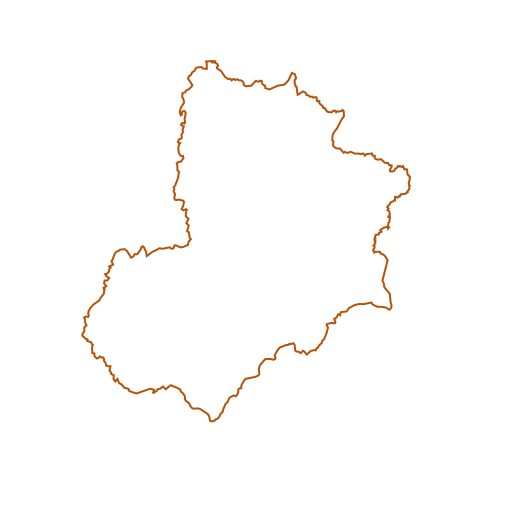 Maevatanana, Betsiboka, Madagascar, rotated 208°
{"feature_id": "10022922B61824869015313", "entity_name": "Maevatanana", "entity_type": "district", "adm_level": 2, "iso_a3": "MDG", "parent_name": "Madagascar", "parent_adm1": "Betsiboka", "projection": "mercator", "projection_center": [47.013, -17.22], "detail": "fine", "context": "isolated", "style": "outline", "palette": "amber", "viewbox_px": 512, "rotation_deg": 208, "n_neighbors": 0, "source": "geoboundaries", "source_scale": "gbopen_adm2", "svg_char_len": 6082}
<svg xmlns="http://www.w3.org/2000/svg" viewBox="0 0 512 512"><g transform="rotate(208 256 256)"><path d="M386.8,407.1L391.4,404.3L390.1,403.2L387.3,398.1L391.3,396.5L392.7,397.3L396.4,394.9L397.3,393.6L397.2,390.7L398.6,388.1L398.4,385.3L399.7,383.1L399.3,380.7L392.4,377.0L392.4,375.0L393.9,371.3L395.3,369.6L395.5,367.2L397.4,365.2L395.5,361.4L393.6,360.4L391.5,357.7L392.0,351.7L390.8,347.1L388.3,344.9L387.9,345.6L388.8,348.6L388.2,349.8L387.0,350.4L385.1,349.2L383.3,343.3L381.1,340.4L381.5,339.2L383.4,339.2L384.0,336.9L383.3,336.4L380.5,336.5L380.2,333.1L378.7,331.3L378.6,327.6L377.0,325.6L377.2,324.4L378.6,323.2L378.6,320.2L377.6,319.6L376.0,320.0L376.3,318.0L375.0,314.1L372.2,310.5L368.9,309.0L367.3,310.0L366.0,308.3L366.5,304.2L368.7,302.6L369.6,300.7L368.4,299.7L365.6,294.8L363.7,294.4L361.5,288.5L360.5,280.4L360.9,277.8L359.5,276.8L359.0,274.2L356.6,272.8L355.3,268.6L354.1,267.7L352.7,267.9L350.7,269.6L346.3,270.6L345.0,270.1L343.9,266.2L343.6,262.4L341.7,262.2L339.7,264.5L338.8,264.4L338.2,261.1L336.6,258.1L333.1,257.1L332.9,252.3L329.6,251.2L328.5,245.5L326.4,245.4L323.0,240.8L321.4,240.3L322.2,237.1L321.3,233.8L324.2,230.2L326.5,228.2L332.2,227.7L333.0,226.8L332.5,224.5L333.1,223.3L334.3,222.7L336.4,223.1L342.0,218.4L344.7,217.6L349.4,211.0L352.4,204.7L355.0,208.1L359.6,211.4L360.7,211.4L361.4,209.6L360.8,208.3L361.5,202.4L362.1,201.5L363.9,200.8L364.1,197.8L365.5,195.9L372.1,199.8L375.1,200.4L379.1,197.7L379.4,196.4L381.2,194.5L381.8,191.8L380.9,185.2L381.2,183.7L378.1,181.2L380.7,177.9L379.0,177.4L379.5,176.1L378.5,173.1L379.3,170.3L380.7,169.3L379.2,168.1L375.3,167.6L375.8,164.6L378.2,163.2L377.2,160.4L374.0,159.2L375.6,156.2L373.8,155.4L374.2,154.5L373.4,153.4L372.7,150.8L373.5,146.8L373.5,143.3L376.8,136.7L377.8,132.6L377.9,128.5L377.2,126.4L375.8,125.2L375.5,123.5L377.5,122.9L378.9,120.9L377.3,119.7L376.2,117.6L373.1,115.1L374.1,112.4L372.2,108.8L372.6,105.9L371.9,104.0L367.4,103.0L365.6,103.2L365.3,101.8L360.8,102.4L359.6,101.2L358.3,100.9L358.0,98.7L355.0,93.5L352.9,94.1L351.6,91.7L348.4,90.8L347.4,91.8L346.7,94.0L344.5,93.9L343.5,94.6L342.1,94.1L340.9,92.0L338.2,90.7L337.0,88.9L335.1,89.1L332.8,90.3L331.5,85.9L329.0,85.1L328.5,83.8L325.6,84.0L324.1,80.5L321.3,79.1L320.6,82.4L317.1,79.5L314.5,79.5L310.1,77.8L306.8,78.8L305.7,78.6L305.2,77.6L304.3,77.3L297.1,78.4L287.1,89.1L285.8,89.6L283.2,89.9L282.7,87.0L282.1,87.1L280.3,90.6L280.2,92.3L278.3,93.8L276.9,97.1L273.1,96.0L271.0,101.4L269.8,102.2L268.2,101.9L266.3,102.5L260.2,102.6L258.8,101.0L256.5,100.7L253.6,99.2L252.4,98.1L251.8,96.4L249.9,95.1L248.1,95.1L244.9,94.0L244.0,92.9L241.0,91.7L239.8,91.7L236.2,93.9L233.9,94.7L224.7,93.9L222.2,92.6L219.0,88.8L217.6,89.1L215.0,91.6L214.9,92.9L213.4,94.4L212.9,96.7L213.2,99.7L212.3,102.9L213.0,105.3L213.4,111.1L212.6,113.6L212.8,118.5L210.3,122.4L208.1,122.6L207.5,123.7L207.7,127.4L209.0,129.8L208.5,131.4L206.9,132.3L208.2,134.8L208.0,141.2L207.5,142.6L199.8,149.0L197.6,152.1L197.7,153.3L200.4,157.5L201.3,161.3L199.4,169.4L195.4,171.7L191.8,172.7L190.8,173.9L191.0,175.3L192.6,176.5L192.9,178.4L192.7,183.8L192.0,186.4L187.6,191.6L185.9,192.5L185.3,194.1L183.5,194.8L182.1,196.5L180.3,195.8L177.2,191.2L176.1,190.6L173.0,191.4L170.8,191.2L170.1,194.4L168.4,194.3L164.9,192.8L163.1,197.8L160.9,199.9L158.8,200.9L159.3,202.8L158.2,204.2L158.4,206.5L157.1,209.9L157.7,212.3L156.8,214.5L157.6,221.4L158.8,226.6L161.1,228.0L161.4,229.1L157.8,232.7L156.0,232.9L154.6,234.0L154.8,234.8L157.4,237.1L156.1,239.4L156.0,243.2L154.0,243.2L154.7,244.9L154.5,246.5L149.9,249.6L149.5,253.6L146.1,258.7L142.8,261.8L138.2,264.2L132.2,269.1L130.1,267.9L124.8,268.2L121.4,270.0L117.3,271.4L113.0,271.2L112.3,273.6L113.0,275.9L115.4,278.3L120.1,285.4L127.9,288.6L130.4,291.9L132.8,293.5L137.8,314.1L142.2,316.6L144.9,317.1L147.3,316.7L148.5,317.8L152.5,315.9L153.2,314.5L154.3,315.8L155.2,315.9L155.6,317.6L155.1,318.7L156.1,320.6L157.1,320.4L156.7,323.6L157.7,324.0L157.5,325.3L158.6,325.5L159.3,326.3L158.6,327.4L159.8,328.4L160.3,330.9L157.6,332.7L158.2,334.2L156.6,336.3L158.5,337.2L156.7,340.5L154.6,342.9L153.0,343.0L152.2,342.1L151.9,343.8L153.0,343.9L153.8,345.2L154.6,347.6L154.2,348.7L156.0,353.2L157.4,352.6L157.6,353.8L157.0,354.5L157.5,355.9L159.9,358.3L161.6,358.4L161.3,360.2L163.2,360.9L162.2,364.9L162.3,366.7L160.7,368.3L160.1,370.1L159.4,370.3L160.9,373.3L159.9,374.2L158.4,373.9L157.7,374.9L157.7,376.2L156.9,376.5L157.2,378.4L153.4,381.0L152.0,383.6L152.8,384.3L152.1,385.6L152.3,387.8L153.4,389.5L153.3,390.4L154.1,390.5L155.4,392.1L156.4,396.6L157.3,397.3L157.5,398.4L160.5,399.1L163.1,403.2L163.5,403.4L165.7,402.1L168.3,404.4L168.9,403.0L171.2,403.1L171.7,402.0L172.9,402.1L172.9,400.2L174.0,398.5L173.9,396.2L175.2,394.7L177.3,393.7L178.2,394.8L178.2,398.7L178.8,399.7L181.2,398.7L182.9,400.1L186.2,398.8L190.9,400.2L193.6,398.3L195.8,397.8L197.5,398.5L198.1,400.1L200.2,399.4L201.6,401.0L206.1,398.0L207.0,395.7L208.8,396.8L210.1,396.5L211.5,395.0L213.4,394.7L216.5,392.9L221.3,392.4L223.9,389.8L226.5,389.6L227.1,388.3L232.2,390.3L235.5,388.8L237.8,388.9L239.9,389.8L241.5,393.6L243.0,393.9L244.9,398.1L245.3,401.7L244.4,406.9L244.5,417.3L243.9,420.6L246.6,425.0L248.1,425.6L248.6,424.2L251.0,422.1L252.5,421.8L252.8,420.5L254.6,421.4L256.3,420.2L256.4,418.7L256.9,418.3L259.8,417.0L261.8,417.1L262.1,417.7L263.4,417.8L264.1,418.9L266.4,418.4L267.1,419.6L271.7,420.5L272.9,422.6L274.4,421.3L275.5,421.9L276.3,423.9L277.7,424.5L280.1,422.6L281.4,423.1L283.1,421.9L284.9,422.4L287.0,421.9L288.3,423.3L291.6,423.5L294.9,417.9L299.6,424.4L300.8,424.4L301.7,425.8L302.5,426.1L304.5,429.5L304.0,431.7L307.0,434.7L310.2,434.5L309.8,426.3L311.4,420.6L316.7,416.6L322.3,409.4L326.6,408.6L327.9,410.6L330.4,410.6L332.2,411.7L333.0,413.1L334.6,412.8L335.8,410.9L338.4,410.5L340.1,404.2L344.6,401.1L346.9,401.2L348.9,403.7L351.5,404.1L353.4,403.2L355.7,403.2L356.8,401.7L358.6,402.1L360.1,399.6L362.0,400.4L363.7,399.1L367.2,399.5L373.9,403.0L378.7,403.4L379.2,404.1L378.8,406.2L380.4,407.4L383.1,407.4L383.4,408.8L385.8,407.7L384.9,407.2L385.4,406.3L386.8,407.1Z" fill="none" stroke="#b45309" stroke-width="2"/></g></svg>